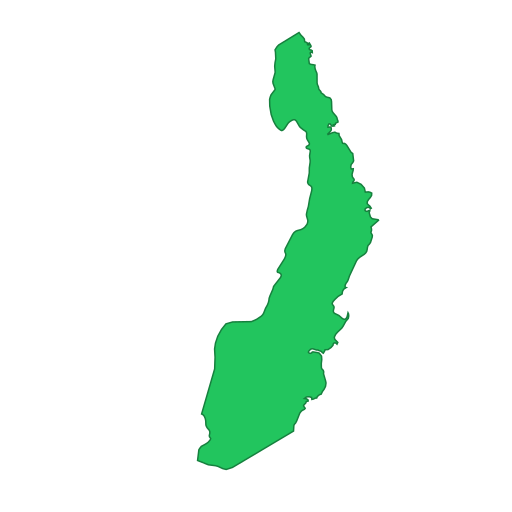 the border of Central, rotated 239°
{"feature_id": "PNG-1249", "entity_name": "Central", "entity_type": "Province", "adm_level": 1, "iso_a3": "PNG", "parent_name": "Papua New Guinea", "parent_adm1": "", "projection": "natural_earth1", "projection_center": [147.941, -9.068], "detail": "fine", "context": "isolated", "style": "filled", "palette": "green", "viewbox_px": 512, "rotation_deg": 239, "n_neighbors": 0, "source": "natural_earth", "source_scale": "10m", "svg_char_len": 5699}
<svg xmlns="http://www.w3.org/2000/svg" viewBox="0 0 512 512"><g transform="rotate(239 256 256)"><path d="M425.4,408.0L422.5,408.2L419.0,409.0L417.1,409.2L414.6,408.1L413.5,409.0L412.2,409.7L410.5,409.0L409.8,409.9L411.2,410.6L411.2,411.4L408.0,411.4L407.1,411.0L406.8,408.9L406.2,408.2L405.0,408.4L404.1,409.4L403.0,409.9L401.3,409.0L402.4,408.1L402.4,407.3L401.6,406.7L399.0,406.2L398.7,405.3L398.7,404.1L398.1,402.8L393.5,400.8L392.2,401.5L390.3,403.8L389.2,404.9L388.0,403.9L386.0,403.1L383.7,402.6L381.8,402.4L380.5,402.0L373.1,397.6L371.6,397.0L368.8,396.6L366.9,395.9L366.1,395.8L364.1,396.2L363.1,396.2L362.5,395.8L360.1,396.9L358.9,397.3L357.9,397.4L356.5,397.9L355.3,398.9L354.2,400.1L353.3,400.8L351.3,401.0L349.3,400.2L342.3,396.3L341.1,395.9L339.5,395.8L334.2,396.7L332.9,396.6L331.0,396.0L329.6,395.8L328.6,395.3L328.8,392.6L327.9,391.7L328.1,391.3L328.4,390.5L328.6,390.1L327.5,390.1L327.2,390.1L327.7,388.7L328.6,387.9L329.7,387.7L331.1,387.6L331.7,386.7L330.7,384.9L329.3,384.0L328.6,385.6L328.1,386.5L327.0,386.4L325.8,385.8L325.1,385.2L324.6,384.2L323.6,380.3L323.0,380.3L322.3,385.1L321.5,387.4L319.8,388.4L318.7,389.7L318.4,390.2L317.7,390.0L316.6,389.3L311.7,389.3L309.3,388.5L308.0,388.3L307.5,388.8L306.9,389.9L305.6,390.5L304.1,390.8L296.0,390.9L294.0,391.7L287.3,388.7L286.3,387.2L285.4,384.7L283.4,382.9L281.5,382.5L280.7,384.3L279.2,383.2L277.9,381.8L276.4,380.3L274.3,379.4L273.3,379.4L271.4,379.6L270.8,379.4L270.1,378.8L269.5,377.0L268.6,376.2L267.3,380.4L263.3,383.0L258.4,383.9L254.5,382.6L253.0,385.5L251.8,386.7L250.3,387.6L248.4,386.3L247.2,384.0L246.4,381.5L245.3,379.4L243.7,378.3L242.1,378.6L240.1,379.3L237.6,379.4L237.6,378.6L239.5,377.9L240.4,376.0L240.2,373.9L239.0,372.9L238.1,373.1L237.4,373.7L237.0,374.6L236.6,377.1L236.1,376.8L234.8,375.3L230.5,374.2L228.1,374.8L224.2,379.4L223.5,379.4L221.7,369.5L220.7,369.3L219.4,368.8L218.3,368.1L217.8,367.5L217.2,366.7L216.0,366.5L214.6,366.5L213.6,366.3L212.3,365.3L208.6,361.1L207.8,359.3L207.3,357.4L205.9,355.9L204.3,354.6L202.9,353.2L202.1,351.5L201.7,349.6L201.5,344.5L201.1,342.0L200.2,339.8L190.9,326.0L188.1,322.7L187.1,321.2L186.3,319.2L185.1,317.4L183.2,316.2L182.5,317.0L182.4,314.3L181.5,312.4L180.1,311.0L179.1,310.3L179.1,310.1L179.1,305.6L178.2,301.5L177.3,298.6L176.2,296.9L175.1,296.6L172.9,296.8L172.0,296.6L171.2,296.0L169.6,294.4L168.6,293.7L167.4,293.5L166.2,293.9L162.4,296.4L158.1,297.8L157.2,298.3L156.6,298.7L156.2,299.3L155.9,299.9L156.0,300.7L156.3,301.6L157.1,302.9L159.9,305.6L158.7,305.5L156.8,304.6L155.0,303.0L153.7,299.2L151.0,294.6L150.0,292.4L148.7,286.6L147.8,283.9L146.1,281.3L144.0,280.6L139.8,281.6L138.7,280.0L140.0,279.7L140.9,279.0L141.2,278.0L140.8,276.8L139.8,276.0L138.9,273.1L138.7,269.5L140.1,266.9L139.5,266.3L139.0,265.5L138.5,264.6L138.0,263.6L138.8,263.2L140.8,262.7L143.1,260.8L143.6,260.7L144.2,259.5L147.2,256.9L147.9,255.4L147.8,254.2L147.5,252.9L147.0,251.8L146.4,251.3L145.1,251.7L144.4,252.8L144.3,254.0L144.7,254.6L144.5,255.4L141.3,259.2L140.1,260.2L136.4,260.6L133.3,259.0L130.2,256.6L126.7,254.6L125.5,254.3L123.6,254.7L122.4,254.6L121.6,254.2L120.2,253.2L113.0,251.3L111.1,250.6L108.5,248.5L106.8,245.9L105.6,243.1L104.0,240.7L104.4,239.1L104.2,237.2L103.6,235.6L103.0,234.9L103.6,233.8L103.8,231.5L104.3,230.0L106.1,230.8L107.7,229.4L108.7,227.9L109.2,226.3L108.9,224.1L107.5,225.8L105.8,226.5L104.8,226.0L105.4,224.1L104.9,223.6L104.4,223.0L104.1,222.2L104.0,221.3L103.4,219.8L102.2,219.5L100.9,219.7L100.1,219.7L99.7,218.7L99.7,217.5L99.8,216.3L99.7,215.1L99.2,213.7L98.7,212.5L93.8,206.1L92.5,204.0L92.0,202.4L91.3,201.2L86.6,198.0L86.9,126.9L88.4,120.5L90.9,118.0L95.2,115.1L97.0,113.4L101.6,107.6L110.8,100.6L119.3,107.2L120.1,108.7L121.0,111.1L120.8,114.9L120.8,117.1L121.0,119.2L122.0,122.1L122.8,123.1L123.8,123.2L124.9,123.0L126.0,123.4L128.0,125.2L129.2,125.9L130.6,126.2L133.6,125.7L135.3,125.7L136.9,126.0L140.6,128.0L141.7,128.4L142.8,128.8L145.0,129.1L145.9,129.1L146.8,128.9L147.5,128.7L148.6,128.0L180.5,162.4L190.2,168.7L197.6,172.6L202.2,176.4L206.9,181.9L210.8,188.6L213.3,195.3L211.5,202.0L202.1,218.3L201.6,221.9L201.4,224.1L201.7,229.7L202.3,231.7L203.2,233.3L206.3,237.3L208.1,240.5L209.7,242.6L211.2,244.1L213.0,245.5L214.6,247.4L218.5,252.9L219.7,254.3L220.6,255.1L221.2,256.2L224.8,265.6L225.7,267.1L226.8,267.9L227.9,268.0L228.9,267.7L229.7,267.3L230.8,266.2L231.4,266.1L232.1,266.4L233.3,267.7L238.8,278.7L240.0,280.5L241.0,281.6L241.7,282.2L242.6,282.6L244.6,282.9L245.7,283.4L247.2,284.9L255.6,298.5L256.5,300.6L256.8,302.8L256.5,304.6L255.5,308.0L255.3,310.2L255.5,312.5L256.9,316.1L258.4,317.8L259.9,318.8L264.4,320.0L265.8,320.7L269.0,323.7L271.4,326.3L277.6,331.6L283.3,337.4L284.9,338.6L286.3,339.2L287.5,339.1L288.6,338.7L290.0,338.0L291.3,337.9L292.8,338.3L299.7,344.4L304.1,347.1L308.5,350.7L310.1,351.7L312.9,352.8L314.4,353.6L317.6,356.3L318.1,356.6L318.6,356.8L319.2,356.9L319.7,356.8L320.4,356.4L321.4,355.5L322.0,355.0L322.7,354.8L323.4,355.0L323.8,355.5L323.9,356.1L323.8,357.0L323.8,358.0L324.2,359.2L325.1,359.8L326.3,359.9L329.5,359.9L331.0,360.2L332.3,360.8L334.8,362.5L336.0,362.9L337.1,362.9L339.7,361.6L343.1,360.3L344.4,360.0L350.2,360.1L351.5,360.0L352.5,359.6L353.1,359.1L353.6,358.0L353.8,356.8L353.8,354.5L353.6,353.1L353.2,351.7L350.7,346.5L350.3,345.4L350.1,344.5L350.1,343.5L350.2,342.7L351.1,342.0L352.9,341.2L354.9,340.6L356.7,340.3L359.5,340.3L362.7,340.5L369.5,341.9L377.4,345.0L383.2,348.3L384.8,349.9L386.4,351.9L388.5,357.2L388.9,358.2L389.5,358.5L395.1,359.5L396.9,360.3L398.5,361.7L403.2,366.7L403.9,367.2L409.1,369.8L411.9,371.9L414.8,374.5L420.6,377.6L422.9,378.5L424.5,381.7L425.2,384.1L425.4,408.0L425.4,408.0Z" fill="#22c55e" stroke="#15803d" stroke-width="1.5"/></g></svg>